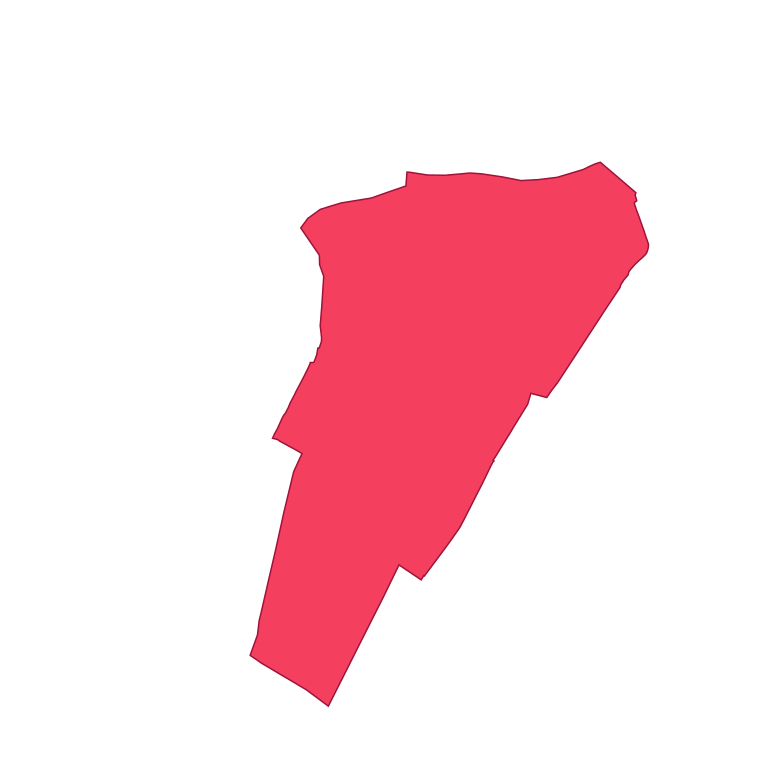 outline of Dichiseni, Calarasi, Romania, rotated 212°
{"feature_id": "2599482B41972871086325", "entity_name": "Dichiseni", "entity_type": "district", "adm_level": 2, "iso_a3": "ROU", "parent_name": "Romania", "parent_adm1": "Calarasi", "projection": "natural_earth1", "projection_center": [27.525, 44.237], "detail": "fine", "context": "isolated", "style": "filled", "palette": "rose", "viewbox_px": 768, "rotation_deg": 212, "n_neighbors": 0, "source": "geoboundaries", "source_scale": "gbopen_adm2", "svg_char_len": 3405}
<svg xmlns="http://www.w3.org/2000/svg" viewBox="0 0 768 768"><g transform="rotate(212 384 384)"><path d="M353.7,82.9L353.1,82.9L347.0,82.7L339.8,82.3L333.3,82.5L317.9,82.8L303.1,83.2L298.7,83.3L293.1,83.4L288.8,83.5L287.5,83.5L282.8,83.1L260.5,81.3L260.6,82.4L261.0,86.8L263.6,115.2L265.6,136.8L267.6,158.3L271.5,201.5L275.4,238.5L248.7,237.6L248.7,242.7L248.0,242.6L246.9,255.8L245.5,273.1L245.0,279.1L244.6,285.0L244.3,289.6L244.2,292.4L244.0,295.6L243.9,297.7L243.7,300.7L243.7,302.6L243.8,304.8L244.0,306.8L244.2,310.2L244.4,312.4L245.0,319.6L246.9,340.5L247.8,351.1L248.9,361.6L249.8,369.8L250.1,373.1L250.3,375.6L250.0,376.3L249.9,377.0L250.7,377.3L251.1,377.3L251.0,379.6L250.9,383.9L251.0,388.5L251.0,393.5L251.1,398.2L251.1,402.4L251.1,406.4L251.1,409.9L251.2,413.1L251.3,417.2L251.3,422.8L251.4,427.1L251.3,428.7L251.4,430.8L251.4,442.3L251.4,442.9L254.5,453.9L238.8,458.8L238.4,467.9L237.5,476.8L236.7,514.4L235.8,562.2L235.0,590.9L235.5,592.7L235.8,593.2L235.7,597.9L235.8,598.8L234.8,605.6L234.9,606.1L235.2,607.2L235.7,608.5L235.8,609.4L235.6,611.8L235.0,615.5L234.6,618.1L233.0,624.4L231.9,627.9L231.4,630.1L230.9,632.1L230.7,633.5L230.9,635.4L231.4,637.4L232.2,640.0L233.0,641.2L233.5,642.4L234.4,643.2L240.3,648.0L242.9,650.1L243.9,651.1L246.9,653.4L253.4,658.6L257.8,662.1L261.8,665.1L266.6,669.1L267.7,670.2L267.5,671.4L267.5,671.6L266.8,672.9L266.7,673.2L267.7,674.3L270.9,677.0L271.7,679.5L271.8,679.7L299.9,684.0L313.6,686.0L318.0,686.7L318.8,685.8L321.4,682.8L324.0,679.0L324.1,678.9L328.8,671.4L336.3,662.8L346.7,651.0L361.3,639.2L375.6,629.1L378.6,628.0L388.0,624.4L394.2,622.0L412.7,613.9L422.5,608.7L426.2,606.0L429.8,603.2L442.8,593.4L457.8,584.3L462.3,582.4L473.7,577.5L476.1,576.3L476.8,575.9L474.5,571.5L470.8,564.4L470.4,563.6L474.5,558.4L481.9,549.3L493.4,534.9L504.8,524.9L516.1,515.0L523.4,506.7L530.6,498.3L533.5,491.1L536.4,484.0L536.8,478.1L537.3,472.2L507.1,459.0L504.5,455.1L501.9,451.1L492.2,443.4L478.2,417.4L471.0,403.5L469.0,399.6L464.4,393.9L461.5,390.2L459.7,387.1L459.4,386.2L459.3,385.9L459.0,384.3L458.6,382.7L458.0,380.4L458.5,380.0L459.1,379.6L459.0,379.3L459.0,379.0L457.8,376.2L456.6,373.5L455.7,369.2L455.0,365.4L455.3,365.0L455.6,364.6L455.9,364.4L456.2,364.1L457.0,363.7L457.9,363.2L457.6,362.3L457.3,361.3L456.9,357.7L456.5,354.0L456.0,349.2L455.6,344.4L455.4,342.2L455.3,340.0L455.1,337.8L455.0,335.6L454.9,334.3L454.7,331.9L454.6,330.8L454.6,330.6L454.6,330.4L454.4,329.3L454.2,328.1L454.2,327.1L454.1,326.1L454.0,324.8L453.9,323.5L453.8,322.0L453.7,320.5L453.6,319.1L453.5,317.7L453.3,317.1L453.2,316.5L453.1,315.7L453.0,314.9L452.9,314.3L452.7,313.7L452.2,307.4L452.2,306.9L452.2,306.5L452.3,306.0L452.4,305.5L452.4,305.0L452.5,304.6L452.4,303.1L452.3,301.6L452.2,300.3L452.0,299.0L451.7,296.8L451.4,294.6L451.2,293.1L451.0,291.6L450.9,291.5L450.9,291.1L450.8,290.7L450.7,288.8L450.6,287.0L450.5,285.5L450.4,284.1L450.3,282.7L450.1,281.2L450.0,280.5L449.8,279.7L449.8,279.4L449.7,279.0L449.7,278.9L447.3,279.7L444.8,280.5L443.5,280.4L442.2,280.3L440.6,280.4L439.0,280.5L437.9,280.5L436.9,280.6L431.4,280.9L425.8,281.3L423.0,281.4L420.3,281.5L418.9,281.5L417.4,281.6L416.6,281.6L416.1,276.9L415.5,272.3L414.1,261.7L407.5,241.9L400.9,222.1L396.9,210.9L392.9,199.7L390.3,192.3L387.7,185.0L378.4,157.8L366.7,124.0L364.5,117.2L361.4,110.7L358.3,104.1L354.9,88.3L353.8,83.1L353.7,82.9Z" fill="#f43f5e" stroke="#9f1239" stroke-width="1.5"/></g></svg>